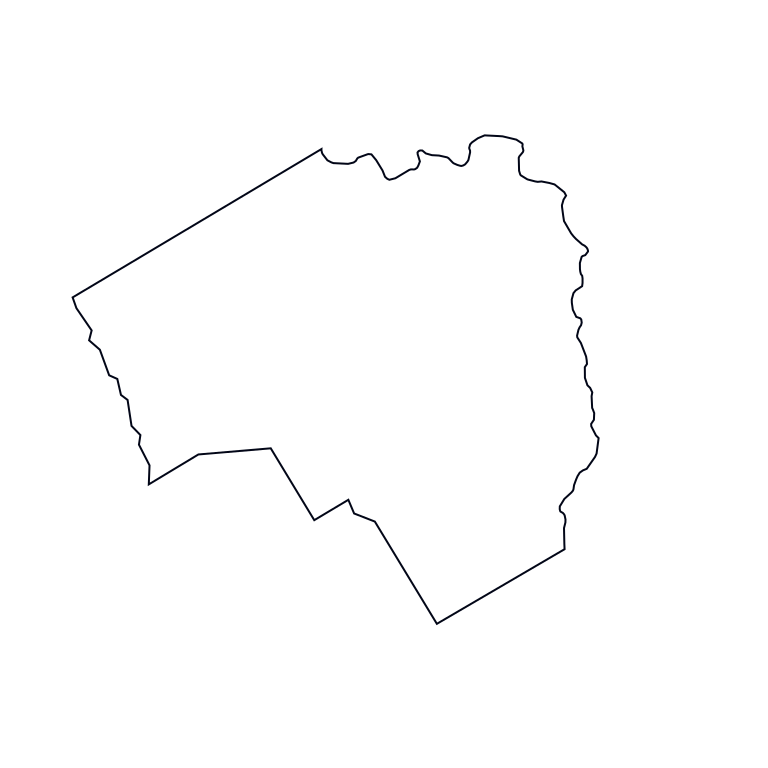 the district of Washington, Idaho, United States of America, rotated 149°
{"feature_id": "52423323B25623901104866", "entity_name": "Washington", "entity_type": "district", "adm_level": 2, "iso_a3": "USA", "parent_name": "United States of America", "parent_adm1": "Idaho", "projection": "natural_earth1", "projection_center": [-117.012, 44.496], "detail": "fine", "context": "isolated", "style": "outline", "palette": "ink", "viewbox_px": 768, "rotation_deg": 149, "n_neighbors": 0, "source": "geoboundaries", "source_scale": "gbopen_adm2", "svg_char_len": 2386}
<svg xmlns="http://www.w3.org/2000/svg" viewBox="0 0 768 768"><g transform="rotate(149 384 384)"><path d="M143.0,516.4L141.7,518.1L141.6,519.0L144.7,525.3L154.8,535.2L157.5,537.1L169.7,545.3L176.9,546.3L184.2,545.8L186.8,545.0L189.3,542.6L189.7,541.7L190.0,539.8L190.9,538.2L196.2,532.6L197.8,531.7L201.3,530.5L203.4,530.5L205.3,531.0L206.3,531.8L208.3,534.0L210.5,537.1L211.0,538.2L212.4,544.4L213.2,545.8L219.2,551.5L225.1,555.5L229.4,560.1L230.9,564.4L232.8,565.6L234.4,565.8L236.0,565.2L236.8,563.6L238.6,556.3L242.0,553.6L244.2,552.3L246.5,552.1L247.7,552.4L250.4,554.1L252.2,554.5L260.7,554.5L268.3,554.5L274.2,556.3L275.5,558.2L276.4,561.1L275.3,567.8L275.4,579.9L276.5,587.3L278.9,589.1L279.8,589.4L289.5,591.3L290.7,591.1L293.3,589.7L296.0,589.5L301.4,591.2L313.6,599.4L315.0,601.1L317.3,604.9L318.2,612.5L318.1,613.9L317.3,616.5L316.6,617.6L556.0,618.4L606.3,618.6L608.6,607.4L607.0,580.5L614.3,573.3L609.9,559.7L615.1,533.0L610.0,525.7L615.1,510.1L612.0,502.4L622.0,478.1L619.1,465.7L625.3,458.2L626.9,435.0L637.3,419.1L579.4,419.2L514.2,387.2L513.9,303.2L474.2,303.1L476.3,288.4L462.7,270.8L462.2,151.2L314.3,149.4L311.8,154.0L303.9,167.8L299.8,171.9L298.2,174.4L296.8,178.4L296.8,179.8L297.1,181.4L298.4,183.7L298.4,184.5L297.8,186.3L296.3,188.6L295.1,189.2L288.6,192.6L279.1,194.5L276.9,195.3L275.8,196.2L273.2,199.4L268.5,203.2L265.6,205.3L261.9,207.2L258.0,207.5L253.9,206.9L240.7,212.8L237.6,214.9L227.9,227.1L228.8,230.8L228.1,241.0L227.0,243.1L222.5,245.2L218.8,250.8L218.1,254.5L217.9,256.3L212.3,266.7L209.8,269.5L209.3,274.5L210.3,278.1L208.6,285.8L203.2,295.0L199.7,296.6L198.1,299.8L196.6,303.5L194.1,317.7L194.3,324.4L193.6,326.0L189.4,330.3L187.2,331.8L184.8,332.9L182.9,334.8L181.7,337.7L181.9,339.2L184.6,342.5L183.9,350.4L181.2,356.8L179.5,359.8L174.8,364.3L171.5,365.5L163.8,365.8L161.8,368.3L159.4,372.3L158.4,374.7L158.6,376.8L157.9,379.2L156.9,381.5L153.8,386.8L149.1,391.2L147.9,391.4L145.1,390.8L140.9,392.5L140.4,393.4L140.0,395.4L140.1,396.9L140.8,399.2L142.3,401.7L144.7,409.3L145.5,412.9L146.0,416.7L145.8,430.9L144.0,435.3L140.2,444.1L139.4,445.6L135.1,449.6L130.9,451.7L130.7,455.5L135.0,467.2L138.8,471.2L144.7,476.5L148.1,478.1L150.1,479.8L155.3,485.1L155.9,485.9L159.3,492.5L159.3,493.6L158.4,497.2L158.0,497.9L152.0,508.5L150.8,509.4L145.6,511.2L144.8,511.8L144.2,512.5L143.0,516.4Z" fill="none" stroke="#020617" stroke-width="2"/></g></svg>